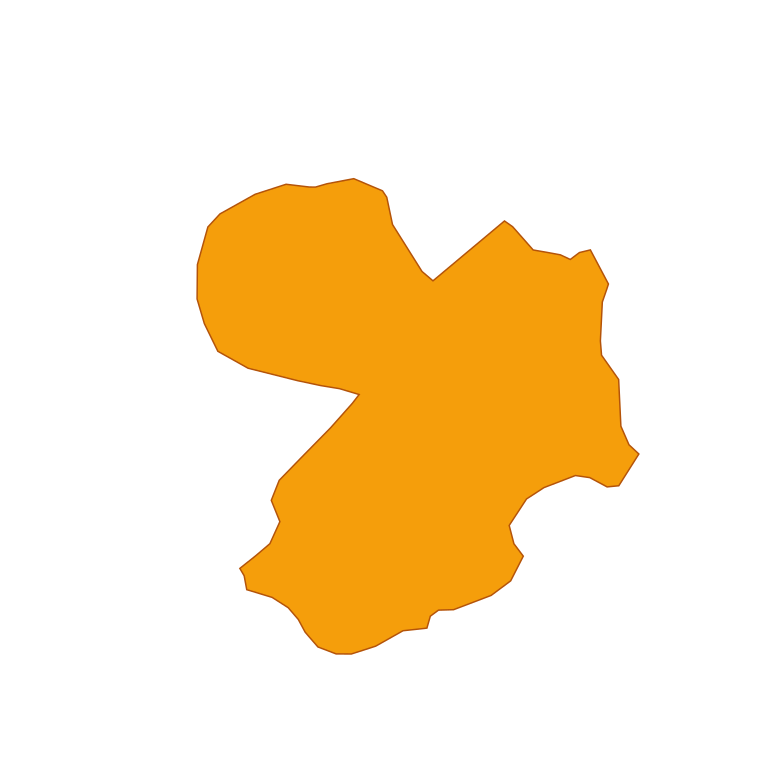 Aragats, Aragatsotn, Armenia (Albers equal-area conic projection), rotated 136°
{"feature_id": "60910142B99974391467530", "entity_name": "Aragats", "entity_type": "district", "adm_level": 2, "iso_a3": "ARM", "parent_name": "Armenia", "parent_adm1": "Aragatsotn", "projection": "albers", "projection_center": [44.244, 40.628], "detail": "fine", "context": "isolated", "style": "filled", "palette": "amber", "viewbox_px": 768, "rotation_deg": 136, "n_neighbors": 0, "source": "geoboundaries", "source_scale": "gbopen_adm2", "svg_char_len": 1155}
<svg xmlns="http://www.w3.org/2000/svg" viewBox="0 0 768 768"><g transform="rotate(136 384 384)"><path d="M249.3,156.6L250.0,170.1L242.9,189.1L233.7,199.6L220.2,215.0L212.1,224.2L207.5,253.6L198.4,264.7L170.0,291.3L157.8,297.5L153.1,300.0L142.4,337.1L152.1,342.8L163.5,344.2L167.4,354.4L175.7,366.0L183.6,376.8L182.2,407.8L184.1,417.6L277.1,424.2L278.5,438.5L267.1,492.8L252.3,516.4L250.9,524.0L263.1,552.7L285.8,567.6L296.4,573.2L298.9,575.6L301.0,577.7L315.7,595.7L344.9,610.0L383.8,620.3L401.6,619.3L435.3,599.5L459.4,575.0L471.3,552.2L480.8,522.9L470.8,489.7L443.7,446.2L430.6,426.8L419.2,411.5L409.2,393.7L420.1,392.1L452.8,389.6L495.1,388.5L526.3,387.5L545.9,378.6L554.5,357.3L577.0,348.4L595.9,349.6L615.8,351.5L617.8,343.2L625.6,331.4L612.7,308.2L608.3,289.6L609.2,274.2L613.1,260.3L613.5,253.8L614.2,240.7L606.0,223.2L595.1,212.5L572.1,201.2L541.7,193.3L524.6,180.0L522.7,178.6L512.0,184.8L501.9,183.5L490.7,173.3L453.8,157.5L429.6,154.4L403.4,163.4L401.5,179.0L401.2,179.4L392.2,195.3L361.3,202.3L342.2,198.6L341.0,198.4L309.9,185.2L301.0,173.7L295.0,155.0L285.8,147.7L249.3,156.6Z" fill="#f59e0b" stroke="#b45309" stroke-width="1.5"/></g></svg>